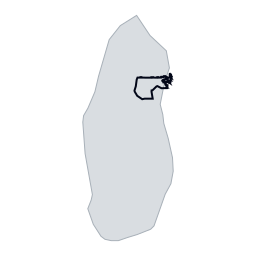 74, Al Khawr, Qatar (highlighted)
{"feature_id": "91078587B87151067735171", "entity_name": "74", "entity_type": "district", "adm_level": 2, "iso_a3": "QAT", "parent_name": "Qatar", "parent_adm1": "Al Khawr", "projection": "equal_earth", "projection_center": [51.544, 25.65], "detail": "fine", "context": "in_parent", "style": "outline", "palette": "ink", "viewbox_px": 256, "rotation_deg": 0, "n_neighbors": 0, "source": "geoboundaries", "source_scale": "gbopen_adm2", "svg_char_len": 3812}
<svg xmlns="http://www.w3.org/2000/svg" viewBox="0 0 256 256"><path d="M137.0,234.6L127.5,237.5L118.5,240.6L111.0,240.6L105.0,239.3L101.0,236.3L93.3,224.3L87.8,208.7L91.2,200.0L92.4,194.6L85.1,153.6L82.8,122.1L83.6,115.6L87.9,108.2L94.9,91.8L98.6,76.1L109.2,39.6L120.3,25.6L136.6,15.4L150.0,35.5L166.3,50.8L169.4,68.0L164.6,82.0L160.2,104.3L162.8,114.6L163.8,123.4L168.2,138.4L172.5,157.7L173.2,171.2L170.9,183.7L165.2,194.2L154.0,225.9L150.7,229.2L137.0,234.6Z" fill="#d9dde1" stroke="#a8b0b8" stroke-width="1"/><path d="M152.7,98.7L151.5,91.6L151.6,90.4L152.5,90.3L156.5,86.4L157.4,86.1L161.4,88.2L167.2,88.1L167.2,87.9L167.3,87.8L167.3,87.7L167.2,87.6L167.3,87.6L167.2,87.5L167.2,87.4L167.1,86.9L167.2,86.3L167.2,86.1L167.3,86.1L167.3,85.9L167.4,85.7L167.5,85.7L167.5,85.3L167.5,85.2L167.4,85.2L167.2,85.2L167.0,85.3L167.0,85.2L166.9,85.1L167.0,85.1L167.1,84.9L167.3,84.8L167.0,84.9L166.9,85.1L166.5,85.1L166.4,85.0L166.4,84.9L166.2,84.9L165.9,84.8L165.7,85.0L165.6,84.9L165.4,84.7L165.4,84.4L165.5,84.3L165.6,84.2L165.2,83.9L165.1,83.7L165.1,83.4L165.2,83.1L165.3,82.9L165.7,82.8L165.8,82.7L165.9,82.3L165.9,82.0L166.0,81.8L166.0,81.7L165.8,81.7L165.4,81.8L165.2,81.8L165.1,81.7L164.8,81.7L164.8,81.8L164.8,82.1L164.6,82.3L164.5,82.2L164.6,81.8L164.6,81.7L164.4,81.5L164.3,81.4L164.1,81.5L164.1,81.4L164.0,81.5L164.0,81.4L164.0,81.5L163.9,81.5L163.7,81.6L163.8,81.2L163.8,81.3L163.7,81.2L163.6,81.4L163.5,81.5L163.3,81.3L163.4,81.2L163.5,81.2L163.3,81.2L163.2,81.4L162.8,81.3L162.7,81.3L162.6,81.2L162.4,81.0L162.2,80.8L162.2,80.7L162.3,80.5L162.4,80.4L162.5,80.4L162.9,80.0L163.1,80.0L163.2,79.9L163.4,79.8L163.5,79.9L163.6,80.3L163.7,80.2L163.8,80.0L163.9,79.9L164.0,79.8L164.4,79.7L164.6,79.6L164.7,79.4L164.8,79.4L165.0,79.2L165.1,79.3L165.3,79.2L165.5,79.0L165.6,78.9L165.8,78.9L166.0,78.9L166.3,79.0L166.5,79.2L166.8,79.3L167.1,79.2L167.1,79.3L167.3,79.3L167.2,79.2L167.3,78.9L167.5,78.6L167.6,78.8L167.5,79.0L167.8,79.0L167.9,79.3L167.8,79.2L167.7,79.2L167.3,79.3L167.4,79.6L167.7,79.8L167.8,79.8L167.9,80.0L168.1,80.2L168.1,80.3L168.3,80.5L168.3,80.8L168.2,80.8L168.3,81.0L168.2,81.3L168.3,81.3L168.3,81.5L168.2,81.5L167.8,81.7L167.6,81.6L167.8,81.5L167.8,81.4L167.7,81.4L167.8,81.2L167.7,81.1L167.7,81.3L167.6,81.2L167.4,81.4L167.2,81.6L166.9,81.7L166.8,81.8L166.8,82.0L166.7,82.1L166.6,81.9L166.6,82.0L166.8,82.2L166.8,82.3L167.0,82.3L167.3,82.2L167.8,82.1L168.1,82.1L168.2,82.5L168.2,82.1L168.4,82.0L168.5,82.1L168.8,82.2L169.0,82.3L169.1,82.5L169.1,83.3L169.1,83.5L169.1,83.3L169.1,83.0L169.3,82.9L169.2,82.9L169.2,82.7L169.4,82.6L169.5,82.8L169.3,82.9L169.5,82.8L169.5,83.0L169.5,82.8L169.8,83.0L169.7,82.8L169.8,82.8L169.8,82.7L170.2,82.4L170.3,82.7L170.2,82.8L170.3,82.7L170.4,82.8L170.2,82.4L170.4,82.1L170.4,81.9L170.4,81.6L170.4,81.1L170.4,80.9L170.5,80.9L170.8,80.8L170.8,80.7L170.4,80.9L170.3,80.6L170.7,80.5L170.8,80.5L170.7,80.4L170.7,80.5L170.4,80.5L170.3,80.3L170.3,80.1L170.4,79.8L170.5,79.6L170.8,79.5L170.8,79.4L171.2,79.4L170.9,79.3L170.9,79.1L171.0,78.9L171.0,78.7L171.1,78.4L171.3,78.1L171.5,78.2L171.4,78.0L171.4,77.9L171.6,77.3L171.7,76.9L171.7,76.7L171.8,76.6L171.7,76.4L171.3,75.9L171.2,75.7L171.1,75.4L171.1,74.8L170.9,74.4L170.5,74.3L170.4,74.1L170.2,74.0L170.0,73.8L169.8,73.9L169.8,74.2L169.7,74.3L169.7,74.5L169.7,76.4L170.0,76.4L170.0,77.1L169.8,77.1L169.8,77.6L166.9,77.6L166.9,77.2L166.2,77.2L166.2,76.8L165.4,76.8L165.4,76.5L165.2,76.5L165.2,76.1L164.2,76.1L164.2,76.4L163.9,76.4L163.9,76.8L163.3,76.8L163.2,77.2L162.1,77.2L162.1,76.8L161.4,76.8L161.4,77.2L160.9,77.2L160.9,77.6L158.2,77.6L158.2,77.1L157.3,77.1L157.3,77.7L153.1,77.6L153.1,77.2L151.4,77.2L151.4,77.7L141.4,77.6L141.4,77.1L140.5,77.1L140.5,77.6L137.5,77.6L136.7,79.6L135.8,86.3L134.5,90.5L134.7,91.6L137.2,95.8L142.2,99.2L144.5,98.7L152.7,98.7Z" fill="none" stroke="#020617" stroke-width="2"/></svg>